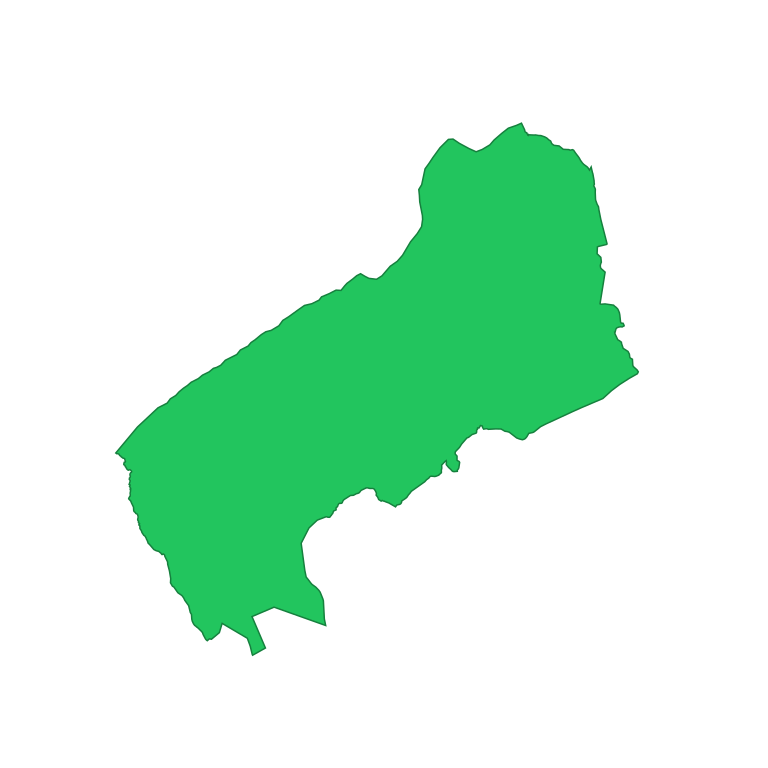 outline of Achiase, Eastern, Ghana, rotated 333°
{"feature_id": "2480657B77450065295387", "entity_name": "Achiase", "entity_type": "district", "adm_level": 2, "iso_a3": "GHA", "parent_name": "Ghana", "parent_adm1": "Eastern", "projection": "robinson", "projection_center": [-1.045, 5.794], "detail": "fine", "context": "isolated", "style": "filled", "palette": "green", "viewbox_px": 768, "rotation_deg": 333, "n_neighbors": 0, "source": "geoboundaries", "source_scale": "gbopen_adm2", "svg_char_len": 6159}
<svg xmlns="http://www.w3.org/2000/svg" viewBox="0 0 768 768"><g transform="rotate(333 384 384)"><path d="M616.6,474.7L615.3,472.8L615.1,471.9L616.2,468.8L616.2,465.8L613.3,460.8L614.0,456.0L614.5,454.5L613.5,452.4L612.5,450.9L612.4,450.3L612.6,444.1L613.0,442.7L613.3,442.9L615.6,440.3L616.8,439.7L618.7,439.8L620.5,440.3L622.1,441.3L624.4,441.2L624.6,439.9L624.6,438.4L623.0,437.5L622.9,436.2L625.4,429.7L626.1,427.3L626.3,425.0L626.3,423.2L625.6,421.0L624.6,418.9L624.4,418.0L617.3,413.0L613.5,411.4L612.9,410.6L631.8,384.7L629.8,379.6L629.8,378.7L630.4,376.8L631.7,375.2L633.0,374.1L634.7,369.6L633.0,364.7L636.4,358.7L637.7,358.8L645.6,360.7L646.0,360.7L646.4,360.3L651.9,335.8L654.7,325.9L655.3,324.3L655.6,323.4L655.5,320.7L656.0,316.5L656.4,315.3L659.2,309.2L660.7,306.5L660.8,306.1L660.9,304.5L660.8,303.0L661.0,302.5L662.2,301.4L662.8,299.6L663.4,298.5L665.5,291.7L665.8,289.9L667.1,284.7L664.2,286.7L663.9,283.8L663.6,282.8L661.7,279.0L661.1,277.1L660.6,273.6L660.6,271.6L660.3,269.4L659.5,265.1L659.1,261.8L658.4,260.8L655.9,260.1L655.2,259.1L650.3,256.3L648.1,251.4L643.7,248.4L642.7,246.2L642.6,245.4L642.8,243.4L642.7,243.0L641.8,241.5L640.7,238.7L639.4,236.8L636.6,233.9L634.5,232.7L632.1,230.9L630.9,230.4L626.3,227.8L626.1,227.3L625.7,227.4L625.3,227.9L625.1,227.6L625.4,226.7L625.0,225.8L625.3,225.1L624.3,223.6L624.2,223.1L624.7,221.4L624.9,214.0L619.4,213.7L610.9,212.5L602.4,214.2L592.8,216.6L586.9,219.0L577.9,219.6L571.5,218.9L566.7,212.9L560.4,203.8L556.7,197.1L552.4,195.3L541.2,198.9L530.6,204.3L524.2,207.9L518.3,210.9L508.1,223.5L503.3,226.5L501.2,231.9L498.5,238.0L494.7,251.3L493.1,254.9L488.9,260.9L481.9,265.1L472.3,269.3L459.0,277.7L451.5,280.7L443.0,281.9L431.3,286.7L424.9,287.3L418.5,283.0L415.9,279.4L413.2,275.1L408.9,275.1L403.6,276.3L396.7,277.5L393.5,278.7L388.2,281.1L383.9,278.6L375.9,278.6L367.9,278.0L364.2,279.8L356.2,279.7L348.8,277.9L340.3,279.1L329.6,280.8L322.7,281.4L316.8,284.4L307.8,285.0L302.4,283.8L297.1,284.3L289.1,286.1L284.3,286.7L280.1,288.5L271.5,288.5L266.2,290.9L253.4,290.8L247.0,293.2L242.3,293.2L239.1,292.6L233.7,293.8L226.3,293.7L221.0,294.9L213.0,294.9L208.2,296.1L203.4,296.7L198.0,297.9L193.3,299.7L186.9,300.2L182.1,302.6L171.9,302.6L144.8,310.4L113.7,323.7L114.3,324.9L115.2,325.2L115.9,326.1L116.0,326.5L116.0,327.4L116.2,328.0L116.7,328.8L116.8,329.7L117.4,330.6L117.5,331.2L119.0,332.7L118.4,335.8L118.2,336.0L117.0,335.8L115.7,337.3L115.6,337.9L116.0,338.4L116.2,338.9L116.0,340.3L116.3,341.1L116.2,342.6L116.5,343.8L116.8,344.4L117.2,344.8L118.6,344.9L118.8,345.0L119.4,346.5L119.5,347.2L119.3,347.6L118.8,348.0L117.9,348.1L117.0,348.7L116.3,349.7L116.2,350.9L115.2,352.1L114.5,352.2L113.7,353.5L114.0,354.6L113.9,355.1L111.3,357.8L111.9,358.3L111.9,358.6L111.8,359.0L110.7,359.8L111.0,361.2L110.7,361.7L110.8,362.4L110.6,362.7L110.0,362.6L109.8,364.0L108.2,366.0L107.7,367.4L107.2,368.3L106.9,368.7L106.4,368.7L105.3,369.6L104.9,369.7L104.4,370.3L104.4,370.6L105.2,373.3L105.0,375.4L104.9,380.0L103.6,382.9L103.4,383.9L103.5,384.4L104.0,385.5L104.1,386.7L104.9,387.7L105.1,388.2L105.1,388.6L104.8,390.3L104.1,391.6L103.1,392.7L102.8,393.5L102.9,394.9L102.3,396.0L102.8,397.5L102.6,397.7L102.2,397.6L101.6,398.3L102.0,399.2L101.9,399.9L100.9,402.0L101.2,404.5L100.9,406.6L101.3,409.8L101.8,410.6L102.0,411.3L102.1,413.1L101.9,414.8L102.0,415.9L101.6,418.9L102.2,420.4L103.8,427.0L105.3,429.1L107.3,430.9L108.4,433.5L108.7,435.1L109.1,435.3L110.0,435.2L110.3,435.4L110.7,436.2L110.8,437.0L110.5,438.1L110.4,444.2L109.4,446.5L108.0,453.0L105.6,460.6L103.5,464.2L103.7,468.1L104.6,469.5L105.6,476.5L107.9,480.7L108.4,483.7L108.3,486.4L109.3,492.8L107.7,499.6L107.8,501.2L107.8,502.0L106.0,506.2L105.5,508.2L105.4,511.1L105.7,513.1L106.3,514.2L106.9,515.8L107.2,516.1L109.0,521.4L109.4,523.1L109.1,525.2L109.2,530.3L109.6,531.7L110.0,532.5L112.7,531.8L114.4,533.1L124.4,530.8L131.1,523.8L146.8,548.5L145.8,556.8L143.8,565.2L143.8,566.0L158.5,565.4L160.8,531.3L184.7,532.9L222.4,572.7L224.2,566.2L231.6,549.6L232.0,547.5L232.2,545.3L232.6,540.5L232.3,538.3L231.0,534.0L228.9,529.9L228.5,528.4L227.5,522.9L227.0,520.7L228.8,514.2L237.9,488.3L251.8,478.2L262.8,475.0L272.1,476.0L272.6,476.3L273.6,477.3L274.9,478.0L275.5,478.0L276.8,477.3L277.5,477.1L278.5,476.4L279.4,476.2L280.5,475.1L281.5,474.3L284.2,474.4L284.9,472.8L285.5,472.3L286.4,472.3L287.2,471.9L287.9,471.1L289.2,470.2L290.2,470.1L291.4,470.8L292.3,471.0L293.0,470.7L294.1,469.7L295.1,469.1L296.3,468.8L303.5,468.1L306.3,469.3L309.6,469.2L311.1,469.6L312.7,469.6L315.0,468.5L315.7,468.4L321.0,468.5L322.4,469.2L323.5,470.3L324.6,471.0L326.6,472.0L327.4,472.8L327.7,474.2L327.8,475.9L327.7,477.9L327.1,478.6L326.5,479.7L326.9,481.1L327.0,482.5L326.8,484.5L327.8,486.1L328.1,486.8L328.4,487.1L329.5,486.9L330.1,487.8L331.3,488.8L331.6,489.3L334.3,492.2L338.5,498.7L340.2,497.8L340.8,497.7L343.4,498.4L344.5,498.3L345.3,497.9L346.2,497.1L346.6,496.3L351.5,495.7L353.0,495.3L355.4,493.9L357.5,493.1L359.7,492.0L375.9,489.6L378.5,488.6L381.2,488.2L382.7,487.4L383.5,487.4L384.3,487.6L387.3,489.5L388.4,489.8L391.4,490.1L391.5,489.9L392.1,489.8L392.8,489.7L393.7,489.3L394.4,489.3L395.0,488.9L396.1,486.6L396.9,485.8L397.4,485.0L398.6,482.4L403.3,480.7L404.7,480.5L404.2,481.9L403.1,483.6L402.9,484.2L403.7,487.8L404.8,490.7L405.2,492.4L405.7,493.2L406.6,493.9L409.7,495.1L410.1,494.2L410.5,493.9L411.7,493.4L412.6,492.7L415.8,488.2L415.8,487.2L414.7,485.6L414.5,485.0L416.3,481.5L416.3,480.9L415.7,479.0L415.8,478.5L416.1,477.6L417.0,476.7L422.4,474.8L426.0,472.7L433.4,469.7L435.2,469.9L439.5,469.0L443.7,469.6L444.2,469.4L444.8,468.8L445.3,467.6L445.8,467.1L446.7,466.8L447.2,465.8L447.8,465.6L448.5,466.3L448.8,466.3L451.1,464.8L452.5,466.1L452.1,467.6L452.3,469.5L453.5,469.8L455.5,470.6L456.3,471.7L463.3,474.8L467.9,477.3L470.3,481.0L472.1,482.3L473.7,483.8L477.7,492.3L479.7,494.5L482.0,496.5L483.6,496.8L484.8,496.8L485.8,496.5L487.4,495.8L490.6,493.7L494.6,494.8L496.1,494.8L504.1,493.1L506.2,493.1L510.3,493.1L539.0,494.2L549.1,494.7L572.4,496.3L583.8,493.2L594.0,491.4L605.2,490.3L614.4,489.9L616.1,488.6L615.9,486.4L614.2,481.9L614.1,480.5L616.6,474.7Z" fill="#22c55e" stroke="#15803d" stroke-width="1.5"/></g></svg>